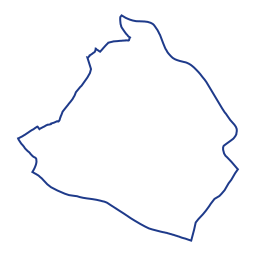 outline of Ba Tri, Bến Tre, Vietnam
{"feature_id": "81297802B69586170313052", "entity_name": "Ba Tri", "entity_type": "district", "adm_level": 2, "iso_a3": "VNM", "parent_name": "Vietnam", "parent_adm1": "Bến Tre", "projection": "orthographic", "projection_center": [106.572, 10.071], "detail": "fine", "context": "isolated", "style": "outline", "palette": "blue", "viewbox_px": 256, "rotation_deg": 0, "n_neighbors": 0, "source": "geoboundaries", "source_scale": "gbopen_adm2", "svg_char_len": 4389}
<svg xmlns="http://www.w3.org/2000/svg" viewBox="0 0 256 256"><path d="M237.9,169.3L237.5,168.9L231.5,161.9L227.6,157.8L226.8,157.0L225.5,155.8L224.1,153.5L223.1,149.7L223.1,148.4L223.1,147.4L223.7,145.8L226.5,143.7L230.8,140.6L233.3,138.7L234.3,137.5L235.4,136.0L236.3,134.3L236.3,134.0L236.8,131.0L236.7,129.0L235.9,126.9L234.4,124.7L230.4,120.2L229.8,119.4L229.2,118.5L228.5,117.5L227.8,116.5L227.1,115.5L226.5,114.6L225.8,113.6L224.8,112.5L224.6,112.2L222.2,108.5L206.7,82.6L206.4,82.1L204.6,79.6L202.7,77.3L201.3,75.5L200.4,74.3L198.5,72.1L196.3,69.8L194.6,68.1L194.0,67.5L192.1,65.9L190.8,64.9L188.8,63.7L187.1,62.9L185.8,62.4L183.6,61.9L179.6,60.9L177.1,60.1L175.1,59.3L173.7,58.5L172.6,57.8L170.9,56.2L168.9,54.0L168.0,52.9L167.3,51.9L166.4,50.2L165.6,49.0L164.9,47.5L163.6,44.3L163.3,43.6L160.0,34.9L159.3,33.7L158.3,31.6L158.2,31.5L157.5,30.1L156.1,28.1L155.1,26.6L153.9,25.0L152.7,23.9L150.6,22.8L147.7,21.9L144.5,21.5L140.1,21.3L136.2,21.2L132.7,20.5L129.8,19.6L127.6,18.7L125.6,17.8L123.8,16.7L121.6,15.4L120.5,16.8L120.3,17.1L120.2,18.3L120.2,20.0L120.4,22.4L120.6,24.2L121.1,25.6L121.2,26.5L121.9,27.8L123.8,30.6L125.0,32.3L125.6,33.1L126.2,33.9L127.2,34.9L127.5,35.3L128.2,36.2L129.2,37.0L129.6,37.2L129.9,37.4L129.8,37.5L129.8,37.8L129.6,38.2L129.5,38.6L129.2,39.3L129.1,39.7L129.0,39.9L129.0,40.1L128.9,40.3L128.5,40.5L127.9,40.5L127.3,40.4L126.5,40.4L126.0,40.3L125.8,40.3L125.6,40.4L125.4,40.5L124.7,40.5L123.5,40.6L122.9,40.6L121.2,40.8L120.1,40.8L117.6,41.1L114.9,41.3L113.4,41.4L113.2,41.5L109.5,42.4L108.6,42.7L108.3,42.7L108.0,43.1L106.7,44.4L106.2,44.9L104.9,46.3L104.2,47.1L103.2,48.2L102.2,49.4L100.1,51.7L99.1,51.1L98.0,50.3L97.1,49.8L96.7,49.6L96.2,49.0L96.0,48.7L95.7,48.6L95.6,49.5L95.5,49.9L95.2,50.9L94.8,51.8L94.4,52.2L94.0,52.5L93.4,52.8L92.7,53.4L91.9,54.0L90.7,54.8L90.1,55.1L89.8,55.3L89.5,55.5L89.5,55.8L89.5,56.0L89.4,56.2L88.9,56.6L88.5,57.0L88.2,57.5L88.0,57.8L87.4,57.6L90.3,66.8L91.0,69.1L89.9,73.1L89.8,73.3L89.2,74.3L87.4,77.5L81.5,85.8L80.2,87.0L75.9,92.2L74.9,94.8L74.4,95.9L73.6,97.2L72.6,99.0L72.0,99.8L71.7,100.2L70.3,102.0L68.6,104.0L68.3,104.5L67.5,105.5L65.8,107.6L62.8,111.4L62.5,111.9L62.2,112.8L61.7,114.1L61.4,114.9L61.0,115.8L60.9,115.9L60.7,116.4L60.7,116.6L60.6,117.0L60.4,117.2L60.1,118.2L59.9,118.9L59.8,119.3L59.6,119.8L59.6,120.0L59.3,120.4L59.0,120.8L58.8,121.2L58.4,121.5L58.2,121.5L57.9,121.5L57.5,121.3L57.2,121.2L57.0,121.3L56.3,121.6L54.6,122.4L53.9,122.7L51.9,123.3L51.2,123.5L51.2,123.8L51.1,124.0L50.8,124.2L50.5,124.2L49.9,124.4L48.5,124.7L48.4,124.7L47.7,124.7L47.5,124.8L47.4,124.8L47.1,125.0L46.4,125.2L45.5,125.8L44.9,126.1L44.5,126.4L43.0,127.1L41.7,127.8L41.1,128.1L40.0,128.7L39.6,128.9L39.4,129.1L39.0,128.6L38.3,127.6L37.7,126.8L37.5,126.6L37.3,126.6L35.0,128.1L33.4,129.3L33.0,129.5L32.6,129.7L32.0,130.0L30.9,130.7L29.1,131.9L28.6,132.3L27.8,132.8L24.7,134.9L24.1,135.2L22.2,136.4L21.4,136.8L20.0,137.5L19.3,137.9L18.9,138.1L18.1,138.4L18.6,139.6L19.0,140.2L20.1,141.9L21.3,143.7L22.7,145.2L24.0,146.8L24.1,147.0L24.3,147.3L24.9,148.2L25.4,148.8L26.9,150.3L27.7,151.1L29.1,152.2L29.7,152.8L30.5,153.9L32.3,155.8L33.5,156.8L35.1,157.6L35.7,158.1L36.0,158.4L36.2,158.8L36.3,159.4L36.5,161.9L36.4,162.3L36.2,163.5L35.9,164.7L35.3,166.3L34.5,168.2L33.3,170.5L32.4,172.0L34.8,173.4L36.3,174.2L36.9,174.6L37.8,175.1L38.8,175.8L40.2,177.1L41.7,178.3L43.9,180.7L44.3,181.1L47.3,184.3L51.0,187.2L57.4,190.5L64.8,193.7L69.0,195.1L72.4,195.6L75.3,196.0L77.0,196.2L79.9,197.1L83.1,197.8L86.9,198.4L90.1,198.8L92.9,199.2L96.5,199.8L100.5,200.7L102.7,201.3L104.2,201.6L105.8,202.2L107.2,202.8L110.2,204.8L118.1,209.9L124.2,213.8L130.4,218.0L134.6,220.6L137.0,222.0L140.2,223.9L145.2,226.6L148.9,228.4L152.1,229.4L156.7,230.6L160.6,231.6L162.7,232.1L163.2,232.2L163.9,232.3L164.8,232.5L165.5,232.7L166.3,232.8L167.1,233.0L167.6,233.2L168.3,233.4L169.1,233.6L169.7,233.8L170.4,234.0L171.3,234.2L171.9,234.4L172.7,234.7L173.4,234.8L174.2,235.1L174.7,235.2L175.3,235.5L176.1,235.7L176.8,235.9L177.6,236.2L178.3,236.4L179.0,236.6L179.6,236.8L180.2,237.1L181.1,237.4L181.9,237.7L183.0,238.0L183.7,238.2L185.3,238.6L187.0,239.2L188.7,239.8L189.7,240.1L190.4,240.4L191.2,240.6L194.1,229.7L195.7,222.5L198.4,219.1L202.9,214.3L205.8,210.8L209.1,206.3L210.8,203.7L214.5,198.9L219.4,196.0L221.5,193.8L224.6,190.2L228.6,183.3L231.3,179.8L235.2,173.1L237.7,169.6L237.9,169.3Z" fill="none" stroke="#1e3a8a" stroke-width="2"/></svg>